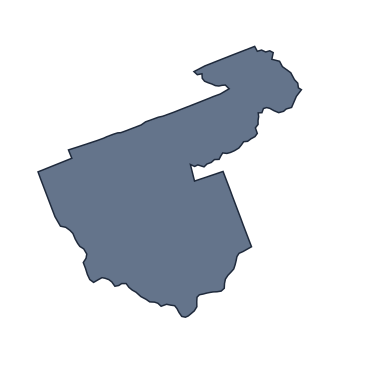 the district of Flores da Cunha, Rio Grande do Sul, Brazil, rotated 160°
{"feature_id": "56859067B84759679452911", "entity_name": "Flores da Cunha", "entity_type": "district", "adm_level": 2, "iso_a3": "BRA", "parent_name": "Brazil", "parent_adm1": "Rio Grande do Sul", "projection": "robinson", "projection_center": [-51.242, -29.022], "detail": "fine", "context": "isolated", "style": "filled", "palette": "slate", "viewbox_px": 384, "rotation_deg": 160, "n_neighbors": 0, "source": "geoboundaries", "source_scale": "gbopen_adm2", "svg_char_len": 2030}
<svg xmlns="http://www.w3.org/2000/svg" viewBox="0 0 384 384"><g transform="rotate(160 192 192)"><path d="M164.4,118.6L154.8,120.2L155.2,144.5L155.2,150.2L155.5,174.1L155.5,181.3L155.8,200.7L185.9,201.4L184.1,218.4L180.8,215.1L177.3,215.5L172.1,211.5L168.3,213.2L163.8,213.2L159.8,214.8L155.4,213.4L152.5,216.1L149.8,218.2L146.0,216.3L142.3,216.0L137.9,216.3L132.9,217.3L129.4,219.4L126.3,221.6L122.4,220.6L118.5,221.8L113.9,222.5L110.6,224.7L110.5,230.6L106.8,232.9L105.5,236.6L103.6,240.0L102.7,243.7L99.2,242.6L96.3,246.0L93.0,245.8L90.3,244.0L87.1,240.3L83.4,236.9L78.3,236.5L75.0,237.8L69.5,237.4L61.2,246.2L54.2,250.7L56.4,253.5L55.4,258.1L57.3,262.5L58.4,270.3L64.2,278.9L65.0,284.9L71.6,289.4L68.0,295.2L70.6,298.1L74.9,298.4L78.1,301.6L82.5,301.9L83.3,307.4L107.5,306.9L136.7,306.1L149.0,304.5L146.9,300.4L142.2,299.7L143.5,295.3L142.3,291.8L139.4,289.1L136.4,286.7L133.7,284.0L130.5,282.4L127.4,282.0L124.1,281.1L121.8,276.3L132.0,274.4L139.7,274.4L144.0,274.2L150.8,274.0L157.9,273.8L175.3,273.4L181.6,273.2L193.6,273.2L198.1,273.8L211.7,273.8L216.8,272.4L233.8,272.1L238.6,272.1L241.7,273.0L246.3,273.2L253.1,273.1L256.6,272.8L263.6,272.8L283.7,273.4L293.7,273.8L293.4,264.8L329.8,263.6L329.8,256.2L329.2,215.7L327.3,204.9L322.7,202.0L319.8,197.7L318.1,193.8L317.8,187.5L317.0,182.7L316.0,179.2L313.2,175.6L312.1,169.7L314.2,166.0L318.3,162.9L318.2,156.6L318.5,150.3L318.0,144.7L315.4,140.7L310.4,141.6L305.9,142.3L303.2,140.7L300.1,138.1L298.1,134.9L296.7,129.8L292.8,129.2L289.4,130.0L285.2,128.5L283.9,124.0L281.8,120.4L278.9,117.0L275.8,111.2L272.0,107.0L269.3,103.2L264.8,101.3L262.1,99.1L260.1,95.2L254.3,95.2L250.6,92.9L247.2,91.1L246.0,87.6L245.4,83.1L244.2,78.6L241.0,76.6L237.9,76.8L234.0,78.2L230.5,79.5L226.7,82.5L225.0,87.4L223.3,91.4L220.2,92.9L216.4,92.3L212.9,92.0L209.7,91.5L206.4,90.9L202.6,89.7L198.5,88.9L194.6,90.5L192.7,95.0L190.4,98.7L186.8,101.4L182.0,103.8L179.1,105.4L176.5,108.7L174.0,112.4L171.9,115.9L168.8,118.3L164.4,118.6Z" fill="#64748b" stroke="#1e293b" stroke-width="1.5"/></g></svg>